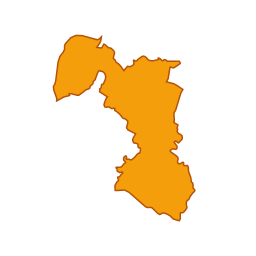 SVG path tracing the border of Trnavský, rotated 348°
{"feature_id": "SVK-1056", "entity_name": "Trnavský", "entity_type": "Region", "adm_level": 1, "iso_a3": "SVK", "parent_name": "Slovakia", "parent_adm1": "", "projection": "mercator", "projection_center": [17.553, 48.32], "detail": "fine", "context": "isolated", "style": "filled", "palette": "amber", "viewbox_px": 256, "rotation_deg": 348, "n_neighbors": 0, "source": "natural_earth", "source_scale": "10m", "svg_char_len": 5864}
<svg xmlns="http://www.w3.org/2000/svg" viewBox="0 0 256 256"><g transform="rotate(348 128 128)"><path d="M63.8,86.7L64.5,84.3L63.3,75.6L63.6,72.1L65.6,69.7L67.0,67.1L73.3,49.0L76.3,43.8L80.5,40.2L82.3,37.9L83.0,34.4L84.2,32.6L90.8,27.8L96.3,26.6L102.3,28.1L116.3,35.3L118.5,34.9L120.9,33.3L120.5,34.5L119.4,37.2L118.1,39.0L114.2,42.7L117.0,43.7L118.4,44.1L118.8,44.1L119.1,44.0L119.5,43.6L121.6,41.0L122.2,41.1L122.9,41.8L124.4,43.9L125.5,45.2L126.2,45.7L126.5,45.8L127.5,46.1L127.9,46.4L128.4,47.0L129.4,48.4L130.1,49.6L130.4,50.8L130.4,52.1L130.2,52.6L129.7,53.1L129.5,53.5L129.3,54.1L129.1,54.6L128.6,55.5L128.4,56.0L128.2,56.7L128.3,57.1L128.5,57.6L129.2,58.2L129.5,58.8L129.9,60.8L130.2,61.4L130.8,62.0L132.0,63.2L133.3,65.2L136.0,71.1L138.9,68.6L139.7,68.1L140.0,67.9L140.2,67.6L140.6,67.6L140.8,67.6L142.6,68.6L146.6,67.3L146.9,66.6L147.3,66.1L147.3,65.5L147.3,64.9L147.3,64.4L147.3,63.5L147.4,63.2L147.5,62.9L148.0,62.9L148.9,63.9L149.2,64.0L150.3,64.0L150.8,63.9L151.1,63.7L151.9,63.0L155.7,61.3L157.8,60.8L159.4,61.6L160.5,62.9L161.9,65.4L162.1,65.7L162.5,66.0L164.8,67.1L167.1,67.5L171.4,67.4L172.1,67.2L172.0,66.4L172.0,66.2L172.2,65.8L172.6,65.9L173.0,66.3L174.0,67.2L175.0,68.7L175.5,69.3L176.0,69.4L176.7,69.2L177.1,68.9L177.6,68.7L178.3,68.8L178.9,69.1L179.6,69.9L179.9,70.4L180.1,70.8L192.1,73.4L192.4,74.6L192.5,74.9L192.7,75.3L192.4,75.7L191.8,76.1L186.1,78.4L185.0,78.6L184.3,78.5L182.7,77.4L182.3,77.2L181.9,77.2L181.4,78.1L177.6,87.9L177.3,88.3L175.2,90.8L180.6,93.6L181.0,93.6L181.5,93.9L184.2,96.1L189.7,101.7L187.0,104.7L178.3,120.5L176.2,122.6L175.6,125.3L175.5,125.9L175.4,126.6L175.3,127.4L174.8,130.5L174.6,131.0L174.3,131.3L174.0,131.6L174.2,132.1L174.3,132.5L177.5,135.4L176.7,136.9L176.2,137.7L176.0,138.3L176.0,138.7L176.3,139.2L176.3,139.7L175.9,140.4L175.6,140.7L175.4,141.3L175.5,142.0L176.0,143.4L176.4,144.0L176.7,144.3L177.0,144.4L177.3,144.6L178.6,145.9L179.0,146.5L179.2,147.2L179.2,148.3L178.8,149.6L178.4,150.3L177.9,150.7L175.9,151.9L174.5,153.0L174.2,153.1L173.9,152.9L172.2,150.8L171.9,150.7L171.6,150.7L171.2,151.0L170.3,151.4L170.3,152.0L170.7,152.8L171.7,154.9L172.1,155.9L172.0,157.0L171.7,157.9L171.5,158.2L171.2,158.5L170.8,158.7L170.5,158.8L170.1,158.8L169.8,158.7L168.9,158.2L168.1,157.8L167.6,157.7L167.0,157.8L164.9,158.5L164.5,159.1L164.5,159.8L169.9,165.8L170.6,167.0L170.6,168.6L169.5,171.1L169.3,171.8L169.4,172.4L169.7,172.9L170.6,173.6L171.1,173.8L171.8,173.7L173.8,173.0L174.6,172.9L174.9,173.1L175.2,173.8L174.7,175.2L174.6,175.7L174.8,176.0L175.4,176.4L175.8,176.6L176.6,176.7L177.1,176.9L177.4,176.9L177.8,176.9L178.1,177.0L178.4,177.3L178.7,178.0L178.8,179.0L178.2,183.0L179.1,189.4L178.8,194.2L179.7,195.0L179.8,195.5L179.9,196.3L179.9,196.9L179.7,197.5L179.5,198.1L179.2,200.3L180.1,201.7L180.4,202.6L180.3,203.3L179.5,204.0L177.4,205.4L174.5,208.0L173.1,210.0L172.2,210.7L171.7,211.0L171.4,210.9L171.1,211.0L170.7,211.4L170.1,212.1L169.6,213.0L169.2,214.2L169.1,218.1L168.6,218.9L167.7,219.8L165.4,221.6L164.4,222.1L163.7,222.3L163.4,222.2L162.6,222.1L162.1,221.8L161.8,221.8L161.5,222.1L161.3,222.7L160.4,227.0L159.9,228.3L158.9,229.4L153.7,226.6L152.4,225.1L151.4,223.2L149.1,221.0L146.6,219.2L144.7,218.3L143.3,218.5L142.1,219.1L140.8,219.1L139.3,217.6L135.1,211.3L134.0,210.5L130.9,209.9L129.6,209.4L128.4,208.2L115.7,191.2L111.8,188.0L103.8,186.8L102.5,186.4L103.2,181.7L105.5,178.9L106.1,178.4L107.4,177.7L107.8,177.3L108.0,176.9L107.7,176.1L107.6,175.4L107.6,174.3L107.8,173.9L108.1,173.8L108.4,174.0L109.0,174.0L109.9,173.6L111.7,172.0L113.1,171.2L113.6,170.7L113.5,170.1L113.3,169.9L113.1,169.8L112.9,169.8L110.9,169.9L110.6,169.9L110.4,169.7L109.7,169.0L108.7,168.3L108.6,168.1L108.5,167.7L108.6,167.2L108.7,166.5L108.8,166.0L108.7,165.6L108.0,164.4L108.1,164.2L108.4,164.0L108.8,164.0L111.7,164.7L113.1,164.7L113.6,164.5L114.8,163.7L115.7,162.8L116.3,162.4L116.8,162.1L117.2,162.0L118.0,161.7L118.4,161.3L118.5,161.0L118.5,160.7L118.3,160.4L118.1,160.1L117.5,159.4L117.3,159.1L117.2,158.7L117.1,158.2L117.5,156.4L117.8,155.9L118.2,155.6L118.7,155.4L119.5,154.9L119.9,154.8L120.1,154.8L120.2,155.1L120.3,155.4L120.4,155.7L120.6,156.4L120.1,157.4L119.9,157.8L120.0,158.1L120.1,158.3L120.5,158.4L122.1,158.6L122.7,158.9L123.6,159.6L124.2,159.8L124.8,159.8L128.0,158.3L132.0,155.3L133.3,154.8L134.0,155.1L134.4,154.7L134.9,153.9L135.7,151.8L135.8,151.0L135.8,150.4L135.6,150.2L135.4,149.7L135.2,149.6L134.5,149.7L134.2,149.4L133.9,148.7L134.2,146.7L134.2,145.9L133.9,145.3L131.4,144.1L130.8,144.0L130.5,143.7L130.3,143.1L130.0,141.4L130.2,140.5L130.7,139.3L134.2,135.2L127.5,129.8L126.7,127.7L126.7,127.3L126.8,126.9L127.7,125.3L128.8,122.9L129.1,121.8L129.1,121.1L128.8,120.7L128.4,120.1L128.0,119.5L127.4,118.7L127.0,118.3L126.5,118.1L125.8,118.0L125.4,117.7L124.9,117.0L122.8,112.9L122.3,112.0L121.3,111.0L120.5,109.7L120.0,109.2L118.9,108.3L118.6,107.9L118.7,107.5L118.9,107.1L119.2,106.4L119.2,106.0L118.8,105.8L116.6,105.7L116.1,105.6L115.7,105.3L115.0,104.6L114.1,104.0L113.8,103.6L113.5,103.3L113.3,103.2L113.0,103.2L111.3,103.2L109.7,102.6L109.3,100.5L110.3,98.3L112.2,95.4L112.8,94.6L113.3,94.0L114.4,93.3L107.7,86.6L108.4,85.1L108.3,84.0L109.7,83.3L110.0,83.0L110.2,82.7L111.1,80.3L111.3,80.0L111.7,79.9L112.1,80.0L112.6,79.9L112.9,79.8L113.3,79.4L115.5,76.4L116.2,75.1L116.9,73.0L116.8,71.2L116.5,69.9L116.1,69.0L115.6,68.3L115.1,67.7L114.6,67.4L114.2,67.1L112.9,66.8L112.6,66.6L112.4,66.3L112.1,66.0L111.5,65.9L110.7,66.6L109.6,67.9L106.1,73.6L106.0,73.9L105.8,74.1L105.6,74.1L105.4,74.2L105.2,74.3L104.4,74.8L103.8,75.4L103.5,75.8L103.4,76.1L103.1,76.9L102.9,77.3L102.6,77.5L101.7,78.2L100.5,78.7L100.0,79.0L99.5,79.6L99.0,80.8L98.5,81.3L97.5,81.6L96.0,81.7L93.8,82.3L92.1,83.3L87.0,85.6L86.3,85.7L85.1,85.4L79.6,82.7L78.0,82.3L77.3,82.4L77.6,83.2L77.8,83.7L77.7,84.0L77.3,84.1L71.7,84.3L64.2,86.6L63.8,86.7Z" fill="#f59e0b" stroke="#b45309" stroke-width="1.5"/></g></svg>